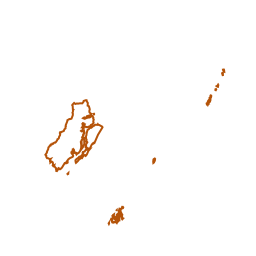 the district of Khura Buri, Phangnga, Thailand, rotated 206°
{"feature_id": "78962969B83869415857059", "entity_name": "Khura Buri", "entity_type": "district", "adm_level": 2, "iso_a3": "THA", "parent_name": "Thailand", "parent_adm1": "Phangnga", "projection": "equal_earth", "projection_center": [98.156, 8.977], "detail": "fine", "context": "isolated", "style": "outline", "palette": "amber", "viewbox_px": 256, "rotation_deg": 206, "n_neighbors": 0, "source": "geoboundaries", "source_scale": "gbopen_adm2", "svg_char_len": 5739}
<svg xmlns="http://www.w3.org/2000/svg" viewBox="0 0 256 256"><g transform="rotate(206 128 128)"><path d="M187.5,65.4L186.7,65.8L184.6,65.7L183.9,66.4L184.1,65.0L183.6,64.1L183.3,64.3L183.0,64.0L182.6,63.0L181.9,64.4L180.5,64.1L179.8,62.9L179.3,62.6L179.3,61.4L178.3,60.9L177.8,62.0L177.7,61.6L175.8,60.5L175.1,60.4L174.6,59.9L174.5,59.2L174.0,58.9L173.7,58.0L173.0,58.1L172.8,58.9L172.9,61.5L172.0,61.5L171.7,60.9L171.0,61.1L170.6,61.7L170.0,63.4L169.5,68.8L168.9,69.3L168.6,68.9L167.8,69.4L167.1,70.3L167.2,70.9L167.6,71.4L168.3,71.4L167.9,73.7L167.0,75.5L165.1,77.8L165.0,78.6L165.3,79.3L168.0,80.8L168.2,81.4L168.0,81.5L167.9,83.6L168.3,84.6L167.7,85.0L166.9,84.6L165.6,82.4L165.0,82.3L164.7,82.9L163.4,83.0L163.3,82.1L162.7,81.6L162.3,82.8L161.5,83.8L161.0,86.0L161.0,87.2L161.4,89.6L162.5,92.1L164.3,94.8L164.2,95.0L164.4,96.9L164.2,97.9L164.5,99.3L165.2,99.6L164.7,101.6L164.9,101.8L165.1,101.5L165.4,102.0L165.2,102.7L166.0,105.3L166.0,105.7L166.9,105.9L168.2,104.6L169.0,104.8L168.9,105.1L167.7,106.0L168.4,108.7L169.6,108.3L169.3,110.3L169.9,110.6L170.8,111.8L170.5,112.1L170.6,112.6L169.9,112.8L169.1,112.1L168.5,112.3L168.5,111.8L168.0,110.5L166.6,110.5L166.3,110.8L166.4,110.5L166.1,110.4L165.9,110.7L165.0,110.8L162.7,113.3L162.5,113.9L162.7,114.4L161.5,116.0L161.3,117.8L162.2,118.8L162.5,120.6L163.4,121.1L163.5,121.9L164.0,122.4L165.4,123.2L165.8,123.0L166.6,121.2L167.6,120.3L168.5,120.1L168.7,119.6L169.7,118.8L170.9,117.3L172.5,117.1L172.6,117.4L171.9,118.4L170.9,118.4L170.4,118.7L170.0,119.6L170.4,119.3L170.0,120.1L170.1,120.6L167.3,123.2L167.1,123.7L167.1,124.7L167.9,124.6L169.5,125.2L170.2,126.3L170.5,127.9L171.1,128.7L172.7,130.4L174.1,130.4L175.1,132.9L176.6,133.8L177.4,134.8L178.1,134.5L179.7,132.9L179.5,131.8L179.9,130.1L181.9,129.2L183.7,127.9L184.6,127.7L185.9,126.5L187.4,126.9L188.2,124.5L188.1,124.0L187.4,123.6L185.8,120.7L185.1,120.6L185.2,119.7L184.6,118.4L184.6,117.3L183.8,116.7L183.2,115.2L182.9,111.6L184.1,110.5L184.6,110.4L185.9,108.4L185.5,107.4L185.2,103.1L184.6,102.4L184.7,101.7L184.0,100.3L184.6,98.9L184.4,97.2L185.9,95.5L186.1,94.9L187.1,94.6L187.1,93.6L186.2,92.6L185.9,91.5L186.1,90.2L185.7,88.3L186.0,87.5L186.5,87.0L186.3,85.9L186.7,83.5L187.0,82.9L187.6,82.8L188.4,81.6L188.3,81.1L189.2,80.7L189.1,80.0L189.5,79.5L190.2,79.3L190.3,78.7L190.0,78.2L190.6,77.7L190.5,77.0L191.0,75.7L190.4,73.7L190.5,72.7L190.4,70.9L190.1,70.4L190.5,67.7L189.2,67.2L188.9,66.3L187.5,65.4ZM157.2,92.1L153.3,92.3L153.3,97.2L152.9,98.7L152.5,98.8L152.4,99.7L152.0,100.1L151.8,99.5L151.6,99.8L152.0,108.8L151.2,117.4L151.7,117.9L155.1,118.1L156.2,117.8L156.8,118.2L156.9,117.4L159.1,116.5L159.3,115.4L160.1,114.6L161.1,112.1L162.5,111.2L162.7,109.8L163.5,108.5L162.9,105.2L162.2,103.2L162.1,101.8L160.7,99.7L160.0,99.2L159.8,97.4L159.3,97.3L159.1,97.8L158.3,97.4L158.5,94.7L158.1,93.6L157.7,93.5L157.3,92.8L157.5,92.4L157.2,92.1ZM161.1,76.2L160.8,75.3L159.8,74.5L159.8,74.0L159.5,73.8L158.6,76.2L158.3,77.9L157.0,80.4L156.1,80.7L156.1,81.9L155.4,84.3L154.9,84.9L154.1,84.9L153.8,84.5L153.6,84.8L153.4,86.5L153.6,90.0L153.1,92.0L153.8,91.3L154.5,91.3L155.8,90.1L156.4,89.9L156.7,87.8L158.0,86.7L157.9,85.7L157.2,85.5L157.2,84.4L158.1,81.6L159.2,80.9L159.7,79.2L160.6,77.7L161.1,76.2ZM101.6,36.8L100.6,36.2L99.7,36.5L99.6,37.3L98.6,37.4L98.5,38.1L98.4,37.9L97.3,38.1L96.4,37.7L96.4,38.4L96.0,39.5L96.8,39.7L97.2,41.6L96.9,41.8L96.1,41.0L95.3,41.3L95.9,42.4L96.7,42.3L97.1,42.6L97.5,42.2L97.9,42.4L98.3,44.0L98.9,44.3L99.9,45.6L100.1,45.1L99.6,44.2L99.6,43.5L98.7,41.6L98.7,40.3L99.7,40.2L99.9,40.9L101.0,41.9L101.2,42.4L102.5,43.1L102.8,44.2L103.3,43.3L102.9,42.4L103.3,42.0L101.9,41.2L101.7,40.7L101.8,39.9L102.3,40.0L103.3,39.3L103.2,38.3L102.8,38.7L102.5,38.7L101.7,37.9L101.6,36.8ZM164.1,96.6L163.9,95.5L160.4,89.6L160.0,91.7L160.3,94.6L163.1,99.8L163.9,99.2L164.1,96.6ZM97.8,43.8L96.5,43.9L96.6,44.4L96.1,45.0L96.4,45.4L96.0,46.0L94.6,45.1L94.4,45.3L94.4,45.7L94.8,46.2L95.1,47.6L96.0,48.1L96.6,47.9L97.1,48.2L97.0,48.9L98.5,50.1L98.8,52.2L100.3,51.8L99.8,48.9L99.0,48.6L99.1,47.6L97.5,47.3L97.5,46.8L98.6,46.0L98.2,44.3L97.8,43.8ZM67.7,186.2L67.0,186.1L67.4,186.5L67.2,186.9L66.2,186.9L65.8,187.7L66.2,188.4L66.1,189.3L66.9,190.6L66.8,191.8L67.1,193.1L67.4,193.6L68.0,193.6L68.1,193.3L67.5,191.8L67.9,190.8L67.5,190.5L67.4,189.9L67.9,187.2L67.7,186.2ZM90.6,112.3L91.3,111.2L91.3,110.8L90.6,108.8L89.9,107.7L89.5,108.5L89.8,109.9L89.5,110.3L90.1,112.1L90.6,112.3ZM66.7,220.6L66.1,220.7L67.2,222.4L67.5,222.6L68.2,222.1L67.6,221.4L67.1,221.3L66.7,220.6ZM166.2,81.2L166.0,81.4L166.1,82.2L167.2,83.8L166.9,82.2L166.2,81.2ZM65.1,204.1L65.0,203.5L65.8,206.8L65.8,206.5L66.0,206.6L66.1,205.3L66.3,205.1L66.2,204.6L65.1,204.1ZM98.1,53.0L97.4,53.7L97.5,54.6L98.0,54.8L98.2,54.3L98.6,54.3L98.4,53.3L98.1,53.0ZM67.1,219.0L67.4,218.8L67.4,218.4L65.5,216.4L66.6,218.6L67.1,219.0ZM67.4,183.7L66.8,184.1L66.4,183.8L66.4,184.2L66.9,184.7L67.2,184.6L67.8,185.2L68.1,184.6L67.4,183.7ZM66.4,201.1L65.9,200.2L65.7,199.6L65.6,201.3L66.0,201.6L66.4,201.1ZM93.7,43.7L93.1,43.4L92.7,44.7L93.4,44.7L93.7,43.7ZM165.5,126.3L164.9,125.5L164.1,124.6L164.7,125.9L165.5,126.3ZM161.9,61.3L162.3,60.2L162.0,60.0L161.6,60.5L161.9,61.3ZM165.8,105.5L165.8,104.7L165.5,104.2L165.2,104.7L165.8,105.5ZM103.6,33.8L103.1,33.4L103.1,33.8L103.5,34.5L103.6,33.8ZM167.8,108.6L168.3,108.8L168.0,107.9L167.8,108.6ZM165.4,104.4L165.0,103.5L164.9,104.3L165.1,103.8L165.2,104.4L165.4,104.4ZM102.2,49.0L101.7,48.6L102.1,49.3L102.2,49.0ZM167.7,84.2L167.7,83.9L167.3,83.1L167.4,83.9L167.7,84.2ZM169.5,120.1L169.6,119.8L169.7,119.5L169.2,119.8L169.5,120.1ZM66.9,204.3L66.5,204.1L67.3,205.0L66.9,204.3ZM157.6,92.7L157.7,92.2L157.3,92.0L157.6,92.7ZM171.7,117.7L171.8,117.6L171.2,117.7L171.7,117.7Z" fill="none" stroke="#b45309" stroke-width="2"/></g></svg>